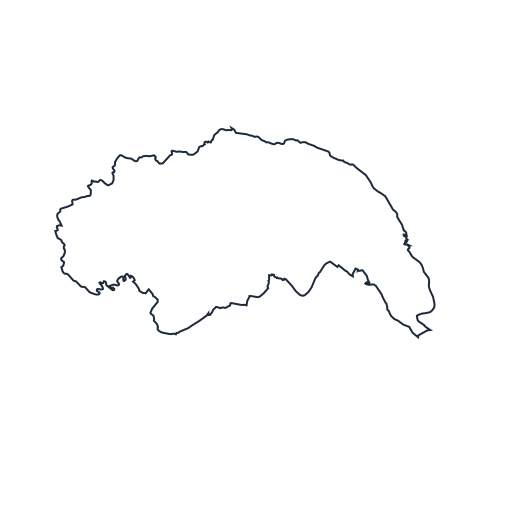 the district of Tebo, Jambi, Indonesia, rotated 308°
{"feature_id": "22746128B61304276790881", "entity_name": "Tebo", "entity_type": "district", "adm_level": 2, "iso_a3": "IDN", "parent_name": "Indonesia", "parent_adm1": "Jambi", "projection": "equal_earth", "projection_center": [102.337, -1.395], "detail": "fine", "context": "isolated", "style": "outline", "palette": "slate", "viewbox_px": 512, "rotation_deg": 308, "n_neighbors": 0, "source": "geoboundaries", "source_scale": "gbopen_adm2", "svg_char_len": 6089}
<svg xmlns="http://www.w3.org/2000/svg" viewBox="0 0 512 512"><g transform="rotate(308 256 256)"><path d="M384.9,265.9L384.2,265.2L382.6,262.0L381.1,256.6L380.7,253.2L381.1,252.0L382.6,250.3L382.8,248.5L378.9,237.2L378.6,234.1L376.6,228.2L376.1,225.0L374.7,223.0L372.5,221.2L372.7,217.4L371.5,216.1L371.1,213.8L369.9,211.9L367.2,209.2L365.3,208.1L364.3,208.0L362.2,208.7L361.1,208.5L360.1,207.3L359.1,204.2L358.3,203.1L357.3,202.4L355.9,202.0L355.0,201.3L354.1,199.0L353.3,195.9L351.8,193.9L351.9,192.7L350.8,188.9L351.3,185.0L351.0,183.7L350.3,182.7L348.9,181.4L348.5,179.1L347.4,177.3L346.2,173.7L340.9,164.8L340.7,164.2L341.9,161.8L342.1,160.9L341.8,158.0L341.1,159.4L339.7,158.9L338.7,157.1L336.7,155.0L335.7,152.1L334.8,150.7L333.2,149.6L329.5,149.6L327.1,148.9L325.3,148.7L321.2,150.3L320.0,149.8L317.9,150.5L317.3,150.0L316.9,148.0L315.7,148.1L315.4,146.4L315.0,145.8L313.9,145.4L313.2,145.8L312.5,146.9L311.5,146.4L309.8,146.3L309.0,145.3L307.0,144.2L302.4,145.6L297.7,144.4L296.3,143.3L294.3,140.1L295.0,137.4L294.7,136.4L293.1,134.7L291.6,131.9L289.3,129.3L287.4,125.1L286.4,125.1L285.2,126.7L284.3,127.3L282.4,126.3L271.6,125.5L269.6,123.4L269.4,122.5L270.1,120.0L269.7,118.1L270.6,116.6L272.3,116.1L272.6,113.7L269.1,110.8L267.2,107.7L265.1,105.6L263.2,105.1L262.1,103.6L261.5,103.3L257.8,103.9L256.8,103.1L256.3,102.2L255.9,97.6L254.2,95.0L253.1,92.4L252.5,87.9L251.7,86.8L248.2,86.5L243.4,87.0L241.3,88.6L240.2,89.0L237.9,88.3L237.4,88.6L236.7,89.7L236.3,91.7L234.9,92.6L234.0,91.8L233.0,91.7L231.5,94.4L228.7,96.6L228.0,97.1L224.6,97.9L221.1,96.3L220.5,95.7L220.2,91.9L220.7,89.0L220.4,87.1L219.5,86.2L217.7,86.2L216.8,85.6L215.9,83.6L214.9,82.7L214.8,81.1L214.4,80.2L213.8,80.3L211.9,82.0L209.9,81.8L208.5,80.7L207.7,80.5L207.1,81.5L206.2,85.4L203.2,87.5L201.8,88.1L200.8,87.7L198.9,85.7L197.1,84.8L195.1,82.6L189.6,79.4L187.5,77.0L186.3,77.1L183.7,79.7L179.1,77.3L173.1,73.1L172.1,73.1L171.0,74.1L169.6,74.3L168.5,73.8L166.8,73.7L165.2,74.6L164.1,75.8L162.8,78.2L162.5,79.7L160.3,84.1L159.0,82.0L157.1,80.8L155.8,81.5L155.1,83.1L154.3,83.8L152.5,83.0L152.1,82.5L150.4,84.7L148.1,88.6L148.6,91.8L148.5,93.1L147.5,94.4L147.3,97.2L146.7,98.6L145.1,98.7L144.2,99.5L143.5,100.1L143.6,100.5L142.6,102.2L140.5,103.5L137.5,104.3L134.1,103.9L133.1,105.0L132.9,106.3L133.1,108.1L132.7,108.8L129.5,110.1L127.3,109.5L124.7,113.3L124.3,114.6L124.3,116.1L125.5,117.9L125.7,119.5L124.3,127.1L124.4,128.2L125.2,129.6L124.2,137.0L126.0,140.1L126.1,141.2L125.0,147.1L126.6,152.4L127.5,154.1L128.2,155.1L129.3,155.9L130.5,155.7L130.9,154.5L130.5,152.1L131.5,151.3L132.1,151.3L132.6,151.5L134.3,154.7L135.6,155.7L136.3,155.4L137.6,153.1L138.2,149.7L138.6,149.1L139.3,149.3L139.9,151.8L140.6,152.2L142.5,151.7L142.9,152.4L142.9,153.8L140.9,156.1L140.8,163.8L141.3,164.8L141.9,165.0L142.7,164.7L143.0,162.9L141.8,161.7L141.5,160.6L141.8,159.6L142.3,159.1L146.0,161.6L147.7,165.3L148.6,165.7L149.7,165.3L150.5,162.4L151.0,161.8L153.9,161.5L154.4,162.0L156.1,162.1L157.2,162.8L157.7,163.6L157.7,164.3L155.4,166.3L154.9,167.0L155.1,167.5L157.0,167.9L157.9,167.2L159.7,164.9L162.1,165.0L162.4,165.2L162.6,166.0L161.3,170.3L161.7,170.5L162.6,169.4L163.2,169.3L163.7,170.8L163.6,172.8L162.5,175.0L162.1,175.4L160.1,174.9L159.9,178.2L158.3,183.3L156.7,185.8L157.3,189.9L158.4,191.3L158.6,192.0L163.7,192.0L162.3,198.2L161.2,199.3L161.4,202.0L161.1,205.3L159.3,206.8L150.6,206.6L146.2,207.8L145.8,208.9L145.8,212.0L143.6,214.6L142.5,215.0L142.0,215.7L141.8,217.8L141.2,220.2L139.7,222.3L139.4,222.1L139.6,222.3L138.0,223.3L137.5,224.2L137.3,225.2L137.4,227.8L138.3,230.1L141.3,235.9L141.9,236.9L144.1,238.9L145.0,241.1L146.2,240.7L147.6,242.0L149.2,242.4L157.5,247.0L162.5,248.5L169.7,251.2L178.6,253.8L181.7,253.7L180.3,254.9L181.3,256.1L184.8,256.0L187.1,255.4L191.4,255.9L192.8,259.3L192.8,259.9L195.1,261.5L195.9,263.4L196.9,264.2L201.2,266.0L202.9,265.0L203.7,265.5L208.6,274.9L210.4,276.9L211.3,278.9L215.4,276.7L219.7,276.0L220.3,275.5L221.2,276.4L224.7,282.9L226.8,284.1L231.1,285.0L238.2,285.4L239.0,283.8L242.1,282.9L243.7,281.9L244.2,281.0L245.3,281.0L248.9,278.1L249.9,279.8L251.3,279.9L251.2,280.7L251.9,281.2L252.2,281.8L251.5,282.1L251.1,283.6L251.5,285.2L251.4,285.8L252.2,286.1L252.0,287.0L253.8,290.0L253.5,291.6L254.0,291.7L254.2,292.5L254.7,292.2L255.7,292.5L256.0,294.0L254.7,302.2L252.8,309.0L252.4,314.0L252.7,315.7L253.5,317.4L255.0,318.5L259.9,319.5L265.5,319.1L274.2,316.7L276.4,316.3L278.4,316.8L281.3,315.9L282.7,316.3L289.8,315.6L291.9,315.6L294.2,316.3L297.2,317.8L297.5,326.9L299.6,326.9L299.4,335.2L299.8,337.0L299.1,341.6L299.6,344.8L301.2,343.3L307.4,342.2L307.8,343.5L307.7,344.7L307.4,344.9L307.9,344.9L307.6,346.4L310.2,348.4L310.3,348.9L308.5,355.6L306.0,359.0L304.6,362.0L304.2,362.0L303.7,359.8L303.1,359.1L301.6,359.2L301.7,360.3L302.9,362.8L305.6,365.6L306.2,366.8L306.2,369.1L303.1,378.6L301.1,382.0L298.9,387.1L298.8,388.1L296.5,390.9L294.6,392.5L294.4,394.6L293.1,396.7L291.9,399.5L291.5,403.8L292.3,407.1L292.6,409.7L292.4,410.7L292.6,411.7L292.6,414.2L294.5,420.4L291.9,426.7L291.8,433.8L293.3,432.8L301.7,436.3L303.0,437.0L305.0,438.9L304.6,434.0L304.7,431.9L305.1,431.2L304.6,424.4L305.1,422.7L307.9,419.6L309.2,420.0L312.4,421.9L316.2,425.6L319.1,427.8L321.5,428.3L324.8,428.2L326.6,427.3L328.1,426.2L332.8,420.7L335.9,414.6L337.8,411.7L338.7,410.7L342.4,408.2L344.1,406.6L345.1,404.9L346.8,398.1L349.3,394.9L351.0,391.8L351.6,390.1L351.9,387.5L351.6,379.8L353.9,373.8L353.9,372.5L354.6,371.6L356.8,372.0L357.5,371.3L357.8,369.5L358.7,370.4L358.3,368.5L356.7,366.2L356.7,365.5L358.5,365.1L359.2,365.9L359.9,364.7L360.7,365.6L361.4,364.6L361.8,365.4L362.1,365.5L362.2,364.2L363.4,362.6L363.0,360.2L363.3,359.4L363.9,359.3L363.8,360.6L364.6,360.9L364.9,362.1L366.7,360.1L367.3,358.6L367.1,356.6L367.9,356.0L368.2,355.0L370.4,352.0L373.7,343.2L375.8,341.6L376.5,340.3L376.9,338.4L376.9,335.4L382.5,321.6L382.7,320.9L382.3,314.5L381.9,313.1L381.9,307.1L382.6,305.0L384.6,301.2L387.4,292.7L387.3,281.6L387.8,276.3L387.4,275.3L386.4,274.6L385.9,273.7L385.3,269.9L384.7,268.7L384.5,266.9L384.9,265.9Z" fill="none" stroke="#1e293b" stroke-width="2"/></g></svg>